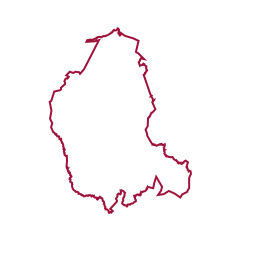 Guadalupe y Calvo, Chihuahua, Mexico, rotated 208°
{"feature_id": "50627088B19833882883386", "entity_name": "Guadalupe y Calvo", "entity_type": "district", "adm_level": 2, "iso_a3": "MEX", "parent_name": "Mexico", "parent_adm1": "Chihuahua", "projection": "equal_earth", "projection_center": [-107.163, 26.124], "detail": "fine", "context": "isolated", "style": "outline", "palette": "rose", "viewbox_px": 256, "rotation_deg": 208, "n_neighbors": 0, "source": "geoboundaries", "source_scale": "gbopen_adm2", "svg_char_len": 5715}
<svg xmlns="http://www.w3.org/2000/svg" viewBox="0 0 256 256"><g transform="rotate(208 128 128)"><path d="M155.9,56.2L155.6,55.5L154.6,55.6L153.8,53.4L151.6,53.3L151.2,52.4L150.6,52.0L150.6,51.0L148.9,49.0L147.7,48.1L146.5,47.6L145.0,47.6L144.2,47.1L143.1,47.7L142.6,47.6L142.1,47.9L141.5,47.8L140.8,46.7L140.0,47.2L139.0,47.1L138.8,47.4L138.3,47.5L137.4,46.8L137.1,46.9L136.8,47.4L136.4,47.5L135.8,47.3L135.1,46.8L134.8,46.9L134.5,47.3L133.5,47.9L133.4,48.6L133.0,49.1L132.0,49.4L131.4,49.2L130.8,50.6L130.3,50.6L129.5,51.0L128.2,50.5L128.1,51.4L127.7,51.8L126.6,51.4L126.3,51.5L126.1,52.0L125.3,51.1L124.2,51.1L123.9,51.5L123.4,51.5L122.9,51.9L122.3,51.8L121.9,50.5L121.5,50.4L121.1,50.9L121.5,52.2L120.6,53.4L120.5,54.0L120.2,53.9L119.7,53.3L119.2,53.9L118.6,54.0L118.2,53.6L117.3,53.4L117.0,52.8L116.2,52.2L116.0,51.7L115.3,51.9L113.9,50.8L113.8,49.7L113.0,49.6L111.8,47.9L110.8,47.6L110.5,46.3L110.1,46.3L109.6,45.7L108.4,46.3L106.8,45.8L106.5,45.9L105.0,44.2L104.7,44.2L104.1,45.6L102.9,45.6L102.9,46.6L102.5,47.5L105.7,48.3L103.3,57.8L103.8,58.9L105.4,59.9L105.2,63.0L105.6,63.6L106.0,63.9L105.8,65.0L105.6,65.7L104.8,65.9L104.1,65.7L103.6,65.9L103.5,66.7L103.9,67.7L105.3,69.5L104.4,70.0L102.7,70.1L100.3,69.4L100.4,69.1L99.8,67.6L99.8,67.3L99.4,66.9L99.2,66.1L99.2,65.1L99.0,64.6L99.2,64.3L99.2,63.6L99.0,62.9L98.0,61.6L98.2,60.3L97.6,58.5L95.4,58.1L95.0,58.2L94.7,58.5L94.1,58.3L92.9,58.6L92.1,58.3L92.0,58.8L92.4,60.1L92.0,60.2L91.6,60.8L90.3,61.2L90.3,61.8L90.0,62.0L89.8,62.5L89.0,63.1L88.2,64.0L87.6,65.9L87.0,66.4L86.7,67.0L87.2,68.1L88.3,68.6L88.9,69.4L89.6,69.8L90.1,70.4L90.0,70.6L90.7,71.1L90.4,71.3L89.3,70.9L89.3,71.3L89.6,71.6L89.4,71.8L89.5,72.2L88.7,73.5L88.0,73.7L87.9,74.0L86.8,73.8L86.7,74.2L85.8,74.2L85.8,74.7L85.4,75.2L85.7,75.5L86.2,75.5L86.3,76.5L85.8,77.3L86.3,77.9L85.1,78.3L84.8,79.1L83.4,80.1L83.2,80.4L82.8,81.6L82.9,82.1L82.6,82.5L83.0,83.2L82.8,83.6L83.1,84.4L83.1,85.3L82.9,85.2L77.5,86.7L79.2,92.6L80.2,98.2L70.4,92.1L69.4,88.5L70.0,83.0L65.4,86.4L62.4,91.6L56.0,92.0L49.2,91.2L49.0,94.7L45.7,99.5L46.0,100.3L45.8,103.7L50.6,112.7L50.9,117.1L52.4,119.1L54.2,118.9L54.3,118.4L54.8,119.0L55.7,119.0L56.4,120.3L57.3,120.6L57.6,121.3L58.1,121.2L59.0,125.9L61.8,126.3L62.6,124.9L62.7,123.4L62.9,123.1L63.7,122.9L63.5,122.2L63.7,121.4L64.0,121.3L65.2,122.0L66.0,121.8L66.3,121.4L66.5,120.6L66.7,120.4L67.0,120.5L67.3,121.0L68.0,120.9L68.4,121.7L69.4,121.7L70.1,122.1L70.2,121.8L71.4,121.8L72.4,122.1L73.2,122.0L73.9,122.7L75.1,123.3L76.7,122.1L77.6,122.1L78.2,121.7L79.8,121.6L80.2,121.0L81.0,120.9L81.5,121.8L82.3,122.0L82.9,121.8L83.9,122.5L84.1,123.7L84.8,124.4L85.3,124.5L85.7,125.3L85.3,125.9L86.0,125.8L86.3,126.8L87.2,127.3L87.0,128.2L87.4,129.4L87.7,129.6L87.7,130.1L87.5,130.3L87.9,130.8L88.2,130.1L88.6,129.8L89.0,129.7L89.4,129.1L89.7,129.0L90.5,129.7L91.0,129.7L91.2,129.4L91.7,129.1L91.7,128.5L92.6,128.3L92.6,127.9L93.5,127.1L94.2,126.0L94.5,125.7L95.5,125.8L97.8,125.0L97.6,125.7L99.4,125.3L107.1,130.0L109.3,132.7L111.7,134.9L111.5,139.0L114.9,145.9L114.7,146.2L114.7,147.1L114.3,147.4L114.2,147.7L114.4,148.0L114.2,148.4L114.4,149.1L114.2,149.9L114.5,150.7L114.3,151.8L114.5,152.5L113.7,153.1L112.7,157.4L118.7,162.2L118.4,163.0L118.6,163.3L118.3,163.5L118.2,164.4L118.4,164.3L118.4,164.5L118.8,163.9L119.0,164.0L120.1,165.6L121.9,166.7L122.6,166.4L122.4,167.6L122.9,167.5L123.5,168.0L124.0,168.2L139.1,182.3L138.7,182.8L138.4,183.6L138.5,184.2L138.8,184.2L138.8,184.4L138.6,184.5L138.9,184.9L138.4,185.9L138.3,187.1L138.7,187.2L138.7,187.4L138.4,188.0L138.9,188.5L140.2,189.2L140.5,190.8L140.9,191.2L142.1,191.1L142.8,191.4L143.4,192.0L144.4,192.1L144.4,191.0L145.0,191.0L145.1,190.3L145.5,189.8L146.5,189.2L146.7,188.6L149.4,191.1L149.0,193.3L149.4,194.2L149.3,195.5L146.2,196.4L154.2,198.8L155.9,198.7L157.4,199.1L156.8,199.2L159.6,209.9L165.8,209.6L173.9,207.9L178.6,208.5L178.3,206.1L179.0,207.7L179.1,208.5L180.9,208.8L178.0,205.3L180.5,207.2L180.8,207.0L181.1,207.3L181.4,208.1L181.5,209.2L182.1,210.5L182.9,211.0L183.5,210.9L184.2,211.8L183.7,210.1L183.9,209.4L184.1,208.9L185.3,207.9L186.1,207.7L186.4,208.0L186.6,207.8L186.8,207.0L186.8,205.1L187.5,204.6L187.4,204.2L187.6,204.1L187.8,203.2L188.3,202.8L188.4,202.4L189.5,200.5L190.8,199.2L190.9,198.6L192.3,197.7L192.6,197.8L192.9,197.3L193.4,197.1L193.8,195.8L195.0,195.5L195.9,195.1L196.2,194.7L197.1,194.4L197.4,193.6L197.7,193.4L197.7,192.9L198.1,192.8L198.0,192.0L198.3,191.6L198.8,191.6L199.8,190.4L200.1,189.7L200.8,189.4L201.0,189.0L202.7,188.4L205.2,186.5L205.1,184.6L198.2,188.8L194.9,192.0L194.4,159.2L195.8,153.3L197.3,154.3L200.9,152.9L202.0,151.0L205.9,150.3L207.2,145.5L204.3,145.4L204.6,143.5L205.0,143.6L206.2,142.1L206.1,139.4L204.9,138.5L204.2,137.3L206.1,132.1L205.3,130.6L205.6,129.6L210.3,125.5L208.4,116.0L209.4,114.4L203.8,107.5L201.2,99.6L197.1,96.6L196.3,92.6L192.0,89.2L191.0,89.3L190.5,89.1L190.0,89.3L189.8,89.7L189.8,89.1L189.5,88.4L189.2,88.3L188.8,88.9L188.5,89.0L188.2,88.7L188.2,88.1L187.1,88.0L186.5,87.4L185.2,88.2L184.4,87.7L184.3,87.2L183.9,87.0L183.3,86.1L182.6,86.2L182.0,86.9L181.4,86.1L181.3,85.4L180.8,85.3L179.8,84.6L179.5,84.0L179.1,83.7L178.4,83.8L176.8,82.1L176.5,81.1L175.5,80.6L175.1,79.0L174.8,79.0L174.6,79.6L174.2,79.3L173.8,79.3L173.6,78.6L173.8,77.8L173.7,77.3L173.2,76.9L172.7,76.1L172.1,76.1L172.1,75.5L171.6,75.0L171.5,74.6L171.0,74.3L170.6,74.5L169.4,74.0L168.9,74.6L166.2,69.9L164.6,66.0L164.2,65.6L164.1,64.9L163.8,64.7L163.6,65.0L163.4,65.0L163.4,64.1L163.2,63.9L162.3,64.1L162.2,64.4L162.0,64.5L162.0,63.9L162.3,63.7L162.3,63.4L161.6,62.6L160.8,62.3L160.6,61.8L160.0,62.0L159.4,60.6L158.6,60.5L158.1,61.1L157.1,59.4L156.5,59.6L156.0,58.9L155.2,58.8L155.1,58.2L155.7,57.1L155.9,56.2Z" fill="none" stroke="#9f1239" stroke-width="2"/></g></svg>